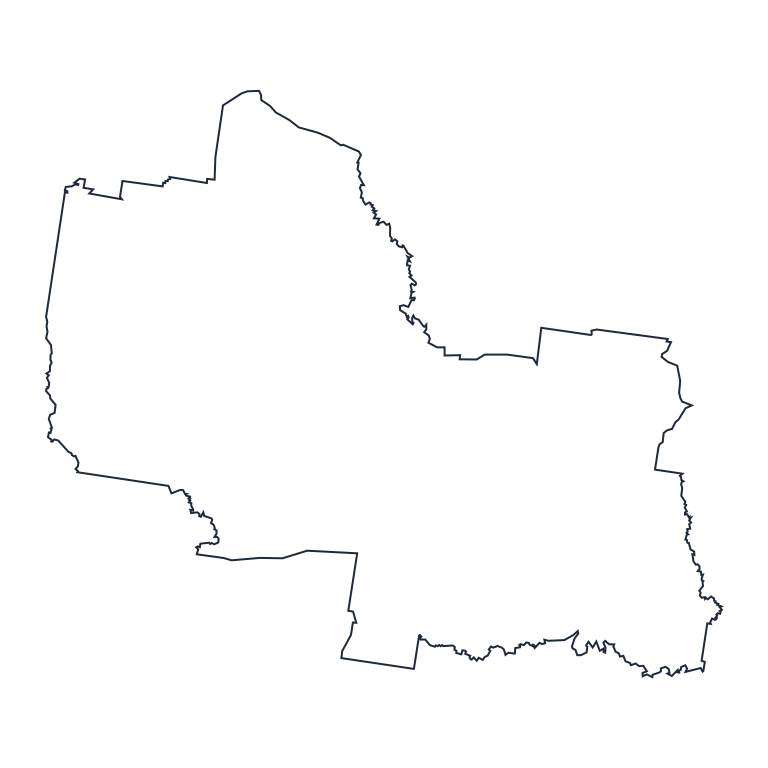 the district of Golden Plains, Victoria, Australia
{"feature_id": "25037944B31372279830401", "entity_name": "Golden Plains", "entity_type": "district", "adm_level": 2, "iso_a3": "AUS", "parent_name": "Australia", "parent_adm1": "Victoria", "projection": "natural_earth1", "projection_center": [143.959, -37.852], "detail": "fine", "context": "isolated", "style": "outline", "palette": "slate", "viewbox_px": 768, "rotation_deg": 0, "n_neighbors": 0, "source": "geoboundaries", "source_scale": "gbopen_adm2", "svg_char_len": 6060}
<svg xmlns="http://www.w3.org/2000/svg" viewBox="0 0 768 768"><path d="M223.0,105.4L215.4,157.0L214.6,179.7L207.1,178.9L206.9,183.0L169.5,177.0L170.1,179.0L168.0,179.6L167.7,181.2L165.5,180.9L165.2,183.1L163.2,182.7L162.6,186.4L122.5,181.0L120.0,196.9L121.9,199.3L89.2,193.5L93.2,189.4L83.6,187.8L85.1,179.5L79.6,178.7L74.3,182.7L78.4,184.1L78.2,185.0L75.3,184.4L71.9,186.3L65.8,186.9L64.8,190.3L67.3,191.2L67.3,192.7L65.0,191.8L46.1,316.9L47.3,321.7L46.5,326.4L47.5,331.6L46.1,338.3L50.9,344.9L51.8,353.3L50.6,354.8L50.4,359.6L51.6,362.8L50.0,365.8L49.9,371.2L46.4,373.5L48.8,375.3L46.9,377.8L49.2,382.8L48.7,386.7L47.5,387.0L48.1,387.9L46.3,389.1L46.1,391.1L50.0,395.5L50.2,398.4L55.6,404.9L54.6,412.9L50.1,414.8L48.8,419.0L52.0,427.8L50.7,428.5L51.4,429.5L50.5,433.0L48.9,432.5L48.0,437.2L51.5,439.7L51.2,441.5L52.5,441.6L54.3,439.4L58.3,440.6L68.3,451.7L71.5,453.3L71.8,455.0L74.0,456.4L75.4,455.8L78.5,462.7L77.8,466.5L75.5,469.0L77.9,471.1L77.3,472.2L168.4,485.9L171.5,493.4L180.2,489.9L183.1,490.1L185.0,493.9L186.4,494.0L185.5,494.6L186.3,495.7L189.9,496.6L188.7,498.4L190.1,498.6L189.1,499.9L190.2,500.7L188.8,502.4L191.4,503.2L191.2,505.6L193.2,509.4L193.1,510.5L190.4,509.8L191.1,513.0L197.6,512.4L199.5,514.1L199.2,516.1L200.8,516.8L203.3,512.4L204.1,515.9L211.3,518.3L212.3,519.8L211.0,523.1L213.5,524.6L214.8,528.1L214.3,529.1L216.5,530.4L216.5,533.7L214.5,537.0L216.9,536.9L218.6,538.5L218.3,542.5L214.1,544.3L211.9,543.0L210.1,544.0L209.2,542.7L200.4,543.7L199.8,547.3L197.7,546.4L196.2,547.3L198.2,549.5L196.8,554.3L223.6,558.0L231.6,560.3L259.9,557.9L282.5,558.3L307.1,550.7L357.2,553.3L348.3,610.8L353.1,611.6L356.2,622.8L352.9,622.5L351.0,634.9L342.2,651.1L341.4,658.1L413.9,668.9L419.1,635.5L420.0,635.1L421.3,636.6L420.2,637.2L420.7,639.6L425.2,639.5L429.9,645.1L434.8,646.7L435.8,645.4L437.7,646.1L439.2,645.0L440.5,646.2L442.1,645.1L443.0,646.1L452.7,645.5L454.8,647.0L454.4,649.7L456.4,650.7L456.3,653.0L461.4,654.3L462.4,650.3L464.9,650.6L466.0,651.5L465.3,653.8L470.2,655.8L469.5,657.4L470.3,658.9L471.6,659.6L473.7,657.4L476.7,660.7L478.8,657.8L482.8,659.9L484.7,657.0L487.7,655.6L490.3,650.9L488.8,649.5L491.0,646.5L493.2,647.6L497.6,646.0L501.9,647.7L503.8,649.4L505.5,654.9L508.4,652.7L514.8,653.6L515.3,648.0L520.0,647.3L520.4,645.2L519.5,644.9L520.4,644.2L524.2,645.0L526.2,642.5L529.0,643.0L529.4,644.5L532.6,646.1L533.1,644.6L534.5,645.6L533.7,646.2L534.6,648.1L539.6,642.8L542.0,644.1L545.1,643.2L544.4,639.7L548.5,640.8L564.3,640.1L573.1,635.2L577.8,631.1L578.3,633.5L574.6,638.4L571.9,646.6L572.7,648.5L575.4,649.8L577.3,655.2L580.8,655.2L586.6,652.4L587.3,646.8L586.1,645.4L588.5,641.8L592.7,647.5L596.3,641.5L599.8,650.8L603.3,648.7L603.6,652.0L605.2,652.6L605.5,647.8L603.4,642.5L605.2,640.9L609.1,644.3L614.2,644.4L613.3,646.4L615.6,651.7L618.8,653.3L620.0,656.6L623.3,655.8L625.6,661.4L629.9,662.9L630.9,665.2L635.7,663.5L639.0,666.1L643.3,665.8L646.9,671.3L642.6,672.9L642.7,676.2L646.8,674.4L652.3,677.1L652.7,674.7L658.8,672.7L660.9,671.4L660.9,668.4L665.4,666.8L668.6,668.9L669.5,672.7L667.4,673.6L671.8,676.0L677.3,670.4L677.1,672.2L679.2,672.6L679.0,670.6L680.8,669.8L681.2,667.0L685.3,665.3L687.1,668.6L685.5,671.9L700.7,668.0L702.6,671.6L703.3,671.1L704.8,661.9L701.6,660.8L707.3,623.4L710.8,623.9L710.2,622.4L712.0,618.6L715.0,619.8L716.3,619.1L716.8,617.9L715.6,617.6L717.1,615.7L716.4,614.5L717.8,613.2L720.1,613.8L720.6,611.6L719.8,611.0L721.9,609.8L719.7,607.2L721.4,606.4L717.3,604.9L718.2,603.9L715.1,602.5L715.6,601.4L714.1,600.7L714.1,598.6L711.1,596.5L707.7,599.3L706.0,597.9L705.0,598.9L704.8,597.1L701.8,597.8L699.9,595.6L700.6,592.6L699.3,590.7L703.0,586.1L702.5,581.8L703.3,581.1L701.8,580.2L701.6,578.4L703.0,574.6L701.3,575.0L700.9,571.5L697.8,571.1L699.6,568.7L699.5,566.2L697.5,564.3L695.9,564.7L693.5,561.5L692.4,554.2L694.4,554.9L694.1,551.6L690.5,549.4L688.9,543.1L687.3,542.7L686.9,540.0L685.4,539.6L686.9,534.4L688.0,534.3L686.5,532.8L687.7,531.4L687.2,529.1L690.2,528.7L689.2,524.2L691.1,522.4L689.1,520.4L690.7,517.9L689.7,518.4L689.7,516.7L688.9,517.2L687.0,514.1L685.0,514.5L685.0,512.4L686.9,511.4L684.8,507.7L686.2,504.9L684.5,504.0L685.3,501.8L681.3,495.8L682.2,488.0L681.1,484.2L681.9,481.7L683.4,481.3L681.3,479.9L681.1,477.1L679.9,475.9L682.4,473.7L655.0,469.6L658.4,447.7L659.5,444.3L662.7,442.1L663.7,433.0L667.1,430.3L672.0,428.9L675.5,422.1L678.7,419.4L685.6,408.2L691.8,405.4L682.2,401.6L680.4,398.3L679.1,392.7L680.2,380.9L677.2,365.7L667.9,361.9L661.6,356.9L662.1,354.1L667.1,350.8L671.0,342.1L666.6,341.5L667.7,339.0L596.6,329.5L591.4,330.7L591.8,334.1L591.0,335.0L541.3,327.8L536.8,364.1L532.9,358.1L507.2,354.6L484.7,354.6L476.7,359.5L459.7,359.3L460.1,355.2L444.6,355.5L444.6,347.3L437.1,347.3L428.5,342.8L429.8,338.8L428.8,335.5L424.2,332.2L426.3,329.3L426.3,324.6L424.5,326.7L423.5,326.4L418.7,319.7L415.0,318.4L413.4,315.5L412.2,317.9L412.3,321.8L413.5,323.0L412.7,324.3L407.3,319.3L408.7,317.3L408.1,315.9L406.8,316.8L405.7,313.6L400.1,310.2L399.8,306.2L403.5,305.2L408.3,306.9L411.6,300.0L413.9,300.3L414.8,298.5L414.6,297.6L410.3,298.1L411.6,292.7L413.1,291.9L411.1,291.5L411.6,289.4L410.5,285.0L411.9,283.7L414.7,285.4L415.9,284.5L415.9,282.6L409.5,276.9L411.5,275.5L409.3,273.1L410.1,271.5L408.8,269.6L410.0,265.7L407.0,265.3L407.6,260.4L410.0,261.4L407.5,256.7L409.5,257.7L412.1,256.1L407.7,253.1L403.4,245.6L402.6,245.4L402.2,247.2L399.0,246.5L396.7,243.9L397.4,241.4L394.9,239.4L392.3,241.3L391.1,240.8L391.8,238.5L390.0,235.7L390.2,227.8L389.2,223.7L386.5,224.9L383.5,221.7L379.7,222.9L378.3,224.9L376.5,224.6L379.4,218.7L373.9,218.3L376.1,214.5L373.6,212.5L376.0,211.0L372.8,210.3L374.3,208.4L371.9,206.9L372.7,205.1L370.7,204.7L370.7,203.2L369.3,202.4L365.5,204.6L363.1,200.8L362.7,198.1L360.8,197.6L361.9,192.3L359.9,188.0L361.2,184.9L363.9,185.2L359.0,176.5L360.5,173.3L357.5,169.3L358.6,162.8L357.3,162.6L360.9,155.0L358.8,151.5L343.1,144.7L340.9,145.4L330.0,137.9L317.8,132.7L298.8,127.4L289.4,120.1L275.9,112.5L270.1,106.0L261.2,100.0L261.1,95.0L259.0,90.9L247.5,91.3L241.9,93.2L223.0,105.4Z" fill="none" stroke="#1e293b" stroke-width="2"/></svg>